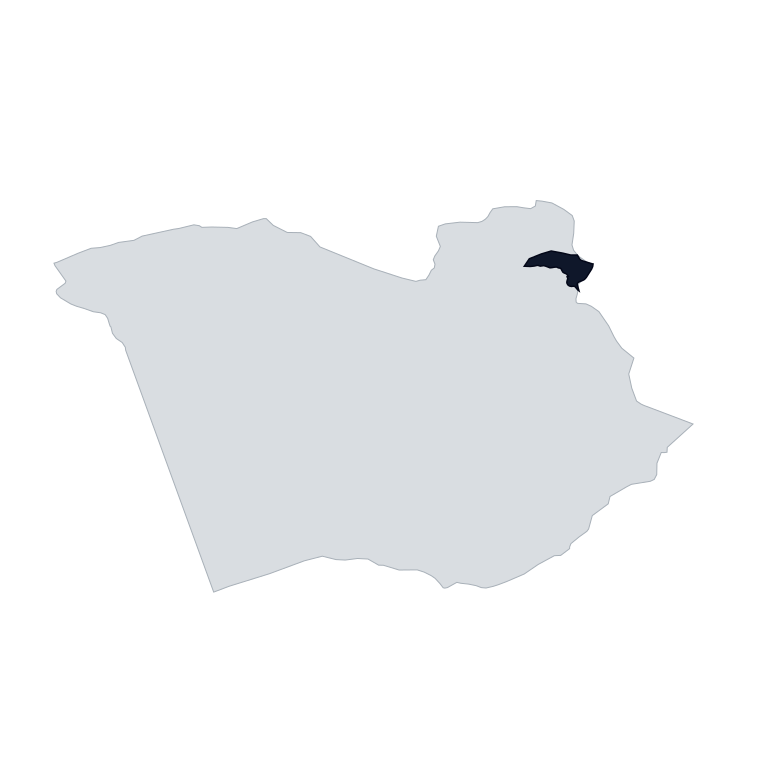 Moyo on a map of Uganda (Natural Earth projection), rotated 70°
{"feature_id": "UGA-3085", "entity_name": "Moyo", "entity_type": "District", "adm_level": 1, "iso_a3": "UGA", "parent_name": "Uganda", "parent_adm1": "", "projection": "natural_earth1", "projection_center": [31.745, 3.481], "detail": "fine", "context": "in_parent", "style": "filled", "palette": "ink", "viewbox_px": 768, "rotation_deg": 70, "n_neighbors": 0, "source": "natural_earth", "source_scale": "10m", "svg_char_len": 3100}
<svg xmlns="http://www.w3.org/2000/svg" viewBox="0 0 768 768"><g transform="rotate(70 384 384)"><path d="M521.3,615.2L512.1,615.2L497.2,615.2L482.2,615.2L467.3,615.2L452.4,615.2L437.4,615.2L422.5,615.2L407.5,615.2L392.6,615.2L377.6,615.2L362.7,615.2L347.7,615.2L332.8,615.2L317.8,615.2L302.9,615.2L288.0,615.2L273.0,615.2L264.2,615.2L262.4,614.9L261.2,614.5L255.5,615.8L249.7,620.0L243.5,621.8L236.9,621.1L236.0,621.6L232.7,621.5L227.8,621.2L223.4,622.3L220.1,626.0L216.7,632.4L210.6,639.8L205.8,646.3L201.7,650.9L192.4,658.5L187.3,660.7L184.8,660.4L183.2,659.0L180.3,649.2L178.5,647.7L160.3,652.7L157.6,652.8L157.8,649.7L156.5,626.8L156.3,612.8L158.7,604.1L160.1,593.9L160.2,585.0L163.5,569.8L162.3,560.7L166.6,528.8L167.7,523.6L169.4,508.2L172.1,503.4L174.5,501.6L177.6,492.1L183.5,477.0L187.6,469.2L186.7,452.2L187.4,440.6L188.3,438.1L197.1,433.8L208.5,423.1L213.3,410.5L220.2,402.5L233.3,397.3L272.4,354.1L290.6,330.8L298.5,318.9L298.8,314.6L300.3,309.0L297.1,304.6L293.3,300.6L292.1,297.0L288.8,295.1L284.1,295.2L281.1,292.5L277.5,287.3L274.0,284.0L263.0,284.3L254.4,278.9L254.5,271.7L257.9,257.3L264.4,240.8L264.7,236.3L263.8,232.4L262.2,229.1L259.3,225.8L256.6,221.9L258.7,210.1L262.8,198.5L266.1,192.7L269.4,186.2L268.5,180.9L263.7,178.2L266.2,173.0L271.3,164.3L281.3,155.4L290.1,149.5L295.9,149.5L307.3,154.2L317.6,159.8L323.2,160.1L330.1,157.7L344.3,147.9L347.7,151.0L351.9,157.0L356.4,166.9L365.3,171.4L369.6,174.5L372.7,175.4L374.4,174.6L377.8,166.8L381.9,162.6L389.5,157.3L406.2,153.0L418.2,151.7L423.2,150.8L431.7,148.3L445.1,140.3L458.3,150.6L472.6,152.6L486.4,152.5L490.7,149.4L493.1,147.0L507.6,130.1L527.3,107.3L540.4,139.5L544.9,141.4L544.3,144.2L543.2,146.9L551.8,154.6L562.4,158.7L566.1,162.7L566.5,167.0L562.9,185.8L563.6,191.2L567.0,210.1L573.3,214.3L578.9,233.3L590.2,241.3L591.8,243.7L594.4,252.9L597.9,262.9L600.6,265.3L602.2,265.9L605.5,276.6L603.6,282.6L606.3,300.8L610.5,317.2L611.6,336.7L611.7,345.3L611.5,350.5L610.6,357.9L608.6,362.2L605.0,366.4L601.0,372.9L597.5,380.0L595.3,383.4L597.0,394.0L596.6,396.7L595.7,398.1L590.6,399.7L584.0,402.5L580.1,405.3L574.5,410.6L570.0,416.4L564.0,433.4L554.1,446.6L552.4,451.0L543.0,458.9L538.9,468.6L536.2,480.6L532.6,489.1L524.7,500.9L522.9,519.4L523.1,556.5L521.1,598.7L521.3,615.2Z" fill="#d9dde1" stroke="#a8b0b8" stroke-width="1"/><path d="M344.6,147.5L345.1,147.8L347.1,149.7L353.1,157.5L354.3,159.8L354.6,161.6L354.8,166.1L355.4,167.8L356.6,168.4L363.2,168.9L362.0,169.7L357.8,171.2L356.9,172.5L356.4,174.6L355.3,176.3L353.6,177.4L351.7,177.6L350.7,177.3L349.7,176.7L348.7,176.0L348.0,175.2L346.4,175.3L345.6,175.2L345.8,173.9L344.8,174.1L343.0,174.9L341.0,177.0L340.2,177.6L338.3,178.0L336.4,178.2L335.5,178.7L335.0,179.6L334.5,180.5L333.1,181.8L332.5,184.0L332.1,186.4L331.6,188.3L328.7,191.6L327.4,193.4L326.7,196.8L326.2,197.5L325.6,198.2L325.2,198.8L324.9,199.6L324.6,202.2L323.6,206.3L321.3,211.9L316.0,204.6L315.6,191.7L316.2,181.4L322.2,171.2L326.6,164.5L328.9,158.2L333.4,157.4L335.0,156.6L335.8,155.8L342.4,147.1L342.6,146.5L342.9,146.6L344.6,147.5Z" fill="#0f172a" stroke="#020617" stroke-width="1.5"/></g></svg>